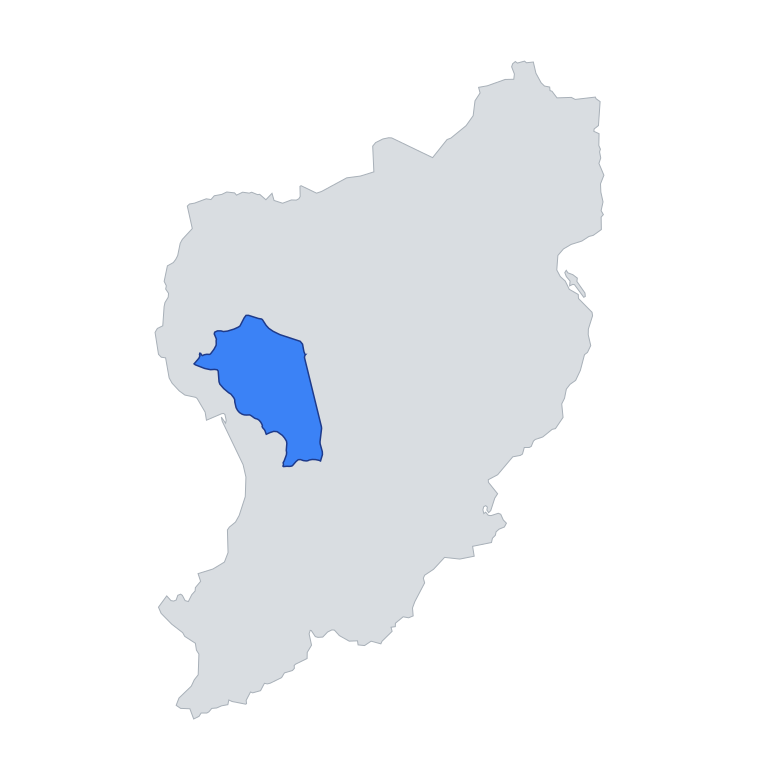 location of Semnan within Iran, rotated 258°
{"feature_id": "IRN-3215", "entity_name": "Semnan", "entity_type": "Province", "adm_level": 1, "iso_a3": "IRN", "parent_name": "Iran", "parent_adm1": "", "projection": "natural_earth1", "projection_center": [54.411, 35.84], "detail": "fine", "context": "in_parent", "style": "filled", "palette": "blue", "viewbox_px": 768, "rotation_deg": 258, "n_neighbors": 0, "source": "natural_earth", "source_scale": "10m", "svg_char_len": 5340}
<svg xmlns="http://www.w3.org/2000/svg" viewBox="0 0 768 768"><g transform="rotate(258 384 384)"><path d="M385.5,202.8L393.7,203.2L408.7,198.2L410.1,197.0L414.6,186.9L419.8,182.3L428.8,176.9L434.6,175.1L455.0,175.8L456.5,171.7L459.9,169.6L482.1,170.8L485.5,173.9L486.9,179.7L505.4,185.0L509.2,186.7L513.8,191.0L517.5,192.1L522.3,190.2L525.3,191.5L530.1,190.3L544.6,196.7L546.6,203.2L549.2,206.2L552.5,208.9L564.0,213.9L567.4,216.8L575.9,228.8L598.9,228.6L600.5,231.2L600.3,236.3L602.1,248.6L600.4,253.1L603.4,257.1L603.2,264.8L604.5,270.1L602.0,277.6L599.4,279.0L601.0,285.6L598.7,291.9L599.1,294.4L595.5,299.7L595.4,301.8L588.8,306.8L593.8,314.1L586.4,314.6L581.9,322.4L583.3,331.7L582.1,336.5L582.9,339.2L584.8,341.0L594.8,342.9L595.2,344.1L584.7,357.7L585.3,362.9L593.4,390.4L592.3,404.1L593.6,418.2L619.0,422.4L621.9,426.0L623.9,433.8L623.9,439.7L623.1,442.7L595.3,478.6L610.0,496.5L610.6,500.5L619.6,518.0L627.9,527.0L642.1,531.9L648.7,538.5L654.5,538.2L654.2,547.1L656.7,565.8L655.1,574.3L660.1,576.0L667.7,574.8L670.5,576.4L672.1,579.5L670.2,581.2L670.6,588.6L668.6,590.1L667.9,597.0L656.5,597.2L646.0,600.3L642.1,602.9L640.0,607.8L636.5,607.4L635.4,609.2L627.9,612.7L625.4,626.8L622.6,630.2L620.7,650.4L619.0,650.7L615.3,654.1L592.2,647.5L589.8,642.6L587.5,641.8L584.1,646.4L572.6,643.7L568.7,644.5L566.2,643.1L560.0,643.0L555.1,640.1L542.5,642.5L534.8,637.4L526.6,636.0L516.6,636.1L508.4,632.4L504.1,633.8L502.1,631.1L489.9,628.7L485.9,619.6L485.7,615.1L482.7,607.3L481.6,595.9L478.8,587.6L473.6,580.8L459.6,576.7L452.4,578.8L447.0,582.7L438.1,584.9L431.2,592.6L427.2,592.0L410.9,602.4L407.4,602.2L395.2,595.3L389.7,594.0L378.6,594.2L372.6,589.6L371.0,586.2L356.5,578.9L347.7,572.2L345.0,565.9L341.1,561.3L332.5,557.6L327.6,553.7L314.1,552.2L304.7,542.4L304.7,539.1L299.2,528.3L298.3,520.4L297.1,518.3L292.4,515.1L291.7,513.0L292.7,508.0L286.7,504.9L285.8,502.5L286.0,494.8L271.6,476.3L268.7,466.1L266.1,465.7L253.0,472.3L249.3,468.6L238.0,462.1L236.4,459.6L239.3,458.4L242.1,459.5L243.9,458.2L243.2,456.0L240.4,454.6L236.5,454.7L237.5,456.8L233.9,458.7L233.0,461.3L233.8,468.9L232.3,471.1L226.2,472.4L222.4,474.8L219.1,472.0L218.1,466.4L216.1,462.9L212.9,461.5L210.6,458.0L206.6,456.2L206.8,436.9L196.8,436.4L197.0,421.7L201.8,407.2L192.5,394.0L188.5,384.0L185.9,382.1L181.0,382.4L164.7,368.9L159.0,365.3L151.1,364.3L150.2,359.5L152.3,354.3L148.7,347.4L147.6,345.4L144.3,344.6L144.6,340.3L140.4,340.5L132.8,328.6L130.5,326.9L135.1,317.9L132.2,310.6L134.2,304.4L138.3,304.7L139.7,296.5L147.2,288.0L153.6,284.3L154.3,281.8L153.1,277.2L149.2,271.5L149.9,266.7L151.2,264.3L158.0,261.6L158.4,260.6L155.2,258.8L143.6,258.8L137.4,253.1L131.5,251.7L128.3,239.1L127.3,237.6L124.5,237.2L122.8,234.9L122.1,226.5L118.1,222.8L115.0,210.5L114.9,207.5L116.1,204.8L109.7,199.5L109.2,191.3L110.5,189.4L103.2,183.4L99.9,183.1L99.6,182.1L105.0,169.4L107.2,166.5L102.8,164.6L103.0,158.3L101.9,153.0L102.5,148.1L99.7,144.5L99.0,142.3L100.2,136.7L97.4,134.0L95.9,128.2L106.7,126.6L109.0,117.6L112.9,113.9L119.5,118.2L128.5,132.7L134.1,136.9L138.2,141.8L158.3,146.8L162.7,145.2L169.6,145.6L178.6,136.6L182.6,135.4L193.1,126.5L206.0,118.3L212.6,117.0L221.9,127.4L216.4,130.6L215.4,133.2L215.9,135.8L220.2,138.4L220.7,141.4L219.2,142.8L213.5,144.4L211.9,147.4L217.9,152.2L220.8,156.2L224.1,157.2L229.1,163.6L237.2,162.7L238.6,178.2L243.0,190.9L251.5,196.4L273.8,200.5L276.2,203.0L279.8,210.0L285.5,215.0L302.7,224.9L321.7,229.6L334.4,229.4L381.2,218.0L385.5,218.0L378.6,220.9L381.2,222.1L387.2,222.1L388.5,221.0L388.7,219.1L385.5,202.8ZM454.5,587.0L451.7,591.4L447.4,595.1L444.2,594.0L431.2,599.5L427.8,599.1L427.3,597.4L441.5,591.0L442.2,589.4L441.4,586.0L446.0,587.4L451.1,584.7L455.3,584.0L457.3,585.9L454.5,587.0Z" fill="#d9dde1" stroke="#a8b0b8" stroke-width="1"/><path d="M368.6,256.4L370.0,256.2L372.3,255.5L374.4,254.4L375.7,253.2L376.4,252.2L376.8,251.3L377.5,250.3L380.5,247.6L381.7,246.2L382.2,243.2L382.8,241.0L383.9,239.0L386.1,236.7L388.6,235.3L391.6,234.4L397.4,234.3L399.7,234.7L401.8,234.2L405.9,232.2L407.8,230.2L412.8,226.3L418.0,223.4L420.5,223.1L431.1,224.5L432.6,223.8L433.5,221.3L434.1,217.2L436.5,211.8L442.0,203.4L443.2,202.4L447.7,208.3L449.8,209.8L451.0,209.6L452.4,210.2L452.1,211.0L450.4,211.6L449.6,212.2L449.5,212.7L449.7,213.0L449.8,213.4L450.0,214.4L449.9,216.9L449.3,219.1L449.2,219.8L449.8,220.9L453.3,224.9L456.7,227.8L458.4,228.3L461.2,228.8L462.7,229.4L467.2,228.6L467.7,228.4L468.7,228.5L469.9,229.2L470.6,232.1L469.9,235.5L468.7,237.8L468.3,241.8L468.9,248.7L469.9,253.2L470.7,255.2L477.8,261.0L479.8,263.3L479.3,265.8L474.2,274.8L473.0,277.8L472.1,278.5L465.8,280.9L462.4,282.9L458.6,286.5L453.9,292.5L443.2,310.9L439.9,312.6L432.3,312.4L429.5,312.9L429.0,313.2L429.0,313.3L428.7,312.9L428.0,312.3L426.4,311.7L355.1,313.9L353.5,313.7L340.8,309.4L338.8,309.1L330.6,309.6L327.7,309.1L321.9,305.9L322.9,304.5L324.3,301.3L325.1,298.1L325.2,295.1L324.8,293.6L324.9,292.0L325.9,289.1L327.4,286.7L327.8,284.4L326.5,281.9L323.1,277.4L322.9,275.9L323.1,274.2L323.7,272.0L324.1,268.6L324.6,268.1L325.2,268.3L325.5,268.7L326.2,268.9L328.0,269.0L329.6,270.4L335.0,273.8L337.2,274.5L339.4,274.6L346.1,276.6L348.5,276.7L351.9,275.5L354.9,273.9L359.6,269.6L360.6,266.3L360.2,262.6L359.3,258.4L359.7,258.3L362.8,257.9L364.2,257.5L366.1,256.4L367.6,255.9L368.6,256.4Z" fill="#3b82f6" stroke="#1e3a8a" stroke-width="1.5"/></g></svg>